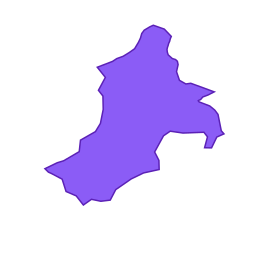 the Municipality of Vecpiebalgas, rotated 232°
{"feature_id": "LVA-5797", "entity_name": "Vecpiebalgas", "entity_type": "Municipality", "adm_level": 1, "iso_a3": "LVA", "parent_name": "Latvia", "parent_adm1": "", "projection": "orthographic", "projection_center": [25.724, 57.121], "detail": "fine", "context": "isolated", "style": "filled", "palette": "violet", "viewbox_px": 256, "rotation_deg": 232, "n_neighbors": 0, "source": "natural_earth", "source_scale": "10m", "svg_char_len": 1056}
<svg xmlns="http://www.w3.org/2000/svg" viewBox="0 0 256 256"><g transform="rotate(232 128 128)"><path d="M139.4,39.6L142.2,38.1L147.1,37.5L144.2,50.8L141.8,57.1L139.4,75.0L147.7,83.1L145.2,100.1L148.6,109.1L157.9,119.9L168.6,127.9L175.9,127.9L181.8,141.3L194.8,141.2L190.0,156.9L189.6,161.9L187.5,168.3L186.7,175.5L186.4,182.0L189.1,189.0L191.2,193.2L194.0,197.0L195.1,201.0L194.3,207.4L193.4,211.2L183.6,217.5L173.5,218.5L172.3,216.3L170.6,214.1L169.6,212.1L168.3,210.4L167.2,208.7L165.9,207.1L163.6,205.7L160.9,204.7L155.4,205.7L152.7,207.6L150.2,208.0L147.1,206.5L142.5,200.9L133.9,197.9L127.1,200.7L124.6,205.0L103.4,218.2L104.7,211.5L106.4,206.0L105.7,202.7L106.2,201.1L106.2,200.1L104.8,200.1L95.0,206.0L88.7,207.4L83.3,207.3L68.4,199.8L64.3,200.0L66.2,192.4L60.9,181.6L65.3,176.2L72.1,185.2L77.9,185.2L90.2,168.2L99.5,159.3L100.0,151.2L92.7,134.2L83.4,132.4L76.1,127.0L83.0,112.6L85.9,99.2L87.0,80.4L82.1,69.6L87.0,61.5L94.3,55.3L94.8,45.4L106.4,45.4L116.1,40.1L128.2,44.6L139.4,39.6Z" fill="#8b5cf6" stroke="#5b21b6" stroke-width="1.5"/></g></svg>